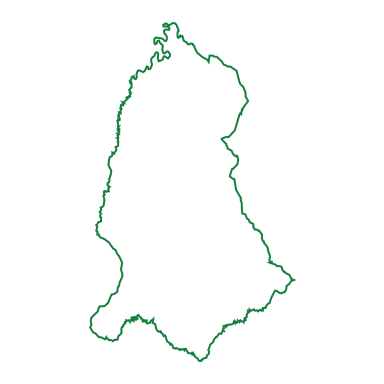 Santander De Quilichao, Cauca, Colombia
{"feature_id": "7082276B54402931041417", "entity_name": "Santander De Quilichao", "entity_type": "district", "adm_level": 2, "iso_a3": "COL", "parent_name": "Colombia", "parent_adm1": "Cauca", "projection": "equal_earth", "projection_center": [-76.497, 2.997], "detail": "fine", "context": "isolated", "style": "outline", "palette": "green", "viewbox_px": 384, "rotation_deg": 0, "n_neighbors": 0, "source": "geoboundaries", "source_scale": "gbopen_adm2", "svg_char_len": 5982}
<svg xmlns="http://www.w3.org/2000/svg" viewBox="0 0 384 384"><path d="M90.1,327.3L92.8,332.1L95.7,333.6L99.0,337.3L101.1,337.2L104.8,339.3L106.3,337.3L106.6,338.7L107.7,338.6L109.0,340.2L111.3,340.1L113.0,341.2L114.4,339.8L117.5,339.7L118.3,336.2L121.4,333.4L121.4,328.3L122.2,326.8L123.0,326.7L123.3,324.9L125.0,323.6L124.8,322.1L125.8,322.2L126.3,320.1L127.3,320.7L128.7,320.3L129.8,321.9L130.0,320.5L131.0,320.6L131.5,318.5L132.4,319.8L132.4,316.6L133.8,319.6L134.1,317.3L134.8,317.0L135.0,319.5L136.0,319.8L137.6,318.7L136.6,317.2L137.7,315.1L138.4,314.9L140.1,317.3L141.2,317.7L141.2,318.6L142.2,319.3L142.7,321.1L143.6,320.1L144.2,321.4L145.3,320.3L146.8,320.5L146.0,321.9L147.0,323.4L149.9,322.8L150.5,321.3L153.3,319.0L152.6,323.0L155.2,324.1L156.3,329.1L158.3,331.7L160.7,331.3L161.0,332.7L162.8,333.9L163.7,336.1L165.2,335.5L167.1,341.4L169.2,342.7L170.3,344.6L171.0,343.8L172.7,345.8L173.1,347.8L174.9,348.6L176.4,348.0L178.6,349.3L180.2,349.2L180.3,350.0L182.9,349.0L184.3,350.4L184.7,349.0L185.9,348.9L185.9,350.0L187.3,351.3L188.0,353.0L190.9,353.5L191.8,352.8L192.2,354.1L193.0,353.2L193.3,354.7L194.3,354.5L194.8,356.7L197.2,358.1L199.0,360.9L201.2,361.0L201.5,359.8L202.6,359.7L203.0,358.7L206.5,357.7L206.9,355.6L208.9,353.7L209.1,351.4L208.3,350.3L210.3,344.5L213.3,341.9L213.9,339.5L215.9,337.1L216.7,337.1L219.0,333.7L221.2,333.8L222.7,330.8L224.0,331.1L223.0,329.0L223.6,328.4L223.5,326.7L224.5,327.4L224.6,325.8L225.7,325.4L226.3,326.3L226.7,325.1L227.5,325.5L228.8,324.6L231.7,324.4L233.5,323.4L233.8,322.0L234.7,322.8L234.8,321.8L235.5,323.0L235.9,322.0L236.7,322.8L237.7,321.8L237.7,320.6L238.6,321.6L239.8,320.6L239.9,321.8L241.4,320.4L241.1,321.3L242.9,321.4L243.7,322.3L244.0,320.5L245.7,320.2L245.6,319.5L244.6,319.6L244.7,318.0L246.7,317.0L246.8,314.3L248.1,312.4L247.9,311.0L249.1,311.8L249.4,309.3L251.0,310.8L253.8,309.4L254.9,310.7L257.2,310.3L258.0,311.4L259.8,309.8L261.6,310.8L262.5,308.8L263.2,309.8L263.6,308.0L265.8,307.8L265.8,306.4L267.7,304.0L269.7,302.9L270.9,298.7L274.9,290.7L276.8,290.9L279.8,293.1L281.7,293.2L283.1,292.2L284.5,292.3L286.1,289.7L286.6,286.0L288.8,284.3L291.3,281.0L293.9,280.0L291.4,279.0L289.4,274.9L285.4,272.9L284.5,271.5L283.8,271.7L282.6,270.4L281.9,267.4L280.4,266.2L277.0,266.1L275.7,264.7L270.1,262.8L272.0,262.4L271.8,261.7L269.8,261.9L269.4,258.9L270.0,257.1L269.8,255.3L268.4,251.7L267.4,247.0L263.8,242.6L264.0,241.5L262.5,240.5L261.9,237.8L262.1,234.8L259.7,231.3L258.8,231.2L258.6,230.4L256.9,229.6L254.6,229.5L254.6,228.6L253.4,227.5L253.4,224.2L249.6,222.1L248.8,219.7L247.0,218.6L245.3,214.3L242.3,213.5L241.7,206.0L241.9,203.6L240.6,199.9L241.0,198.2L236.0,189.7L234.4,179.1L233.4,179.1L230.0,176.7L229.9,175.8L232.1,168.8L233.0,168.9L237.3,164.5L238.2,160.1L237.7,157.1L236.9,155.9L236.6,156.5L235.4,156.2L232.9,153.7L231.5,150.6L227.8,148.7L226.0,143.7L222.3,140.1L221.7,138.8L225.3,137.2L228.8,136.9L234.8,130.4L239.4,114.8L240.3,113.2L241.2,114.0L241.4,112.1L242.4,109.8L241.9,109.5L248.1,101.0L245.6,96.5L245.5,92.4L243.2,86.9L240.5,84.2L239.4,81.9L236.6,70.8L230.3,66.5L228.6,66.7L223.6,64.5L221.6,61.2L216.7,56.8L214.1,56.6L213.1,55.7L209.6,55.6L208.6,61.8L207.4,59.8L202.3,57.0L197.1,52.6L194.5,47.3L194.3,45.9L193.2,45.3L192.8,43.9L190.8,43.5L188.8,44.5L187.6,44.0L187.0,42.7L183.9,40.9L182.3,36.0L180.8,36.6L180.4,35.7L178.5,37.9L177.6,37.1L177.5,33.0L177.8,31.6L178.5,31.3L178.5,29.9L176.4,24.8L175.1,23.4L172.8,23.0L169.2,25.4L166.0,23.4L163.3,24.7L163.6,26.6L166.7,26.4L168.8,27.3L169.5,28.4L169.0,29.9L165.7,29.4L164.0,30.6L164.2,32.7L166.8,36.5L166.8,39.6L165.9,41.1L164.5,40.8L162.7,38.7L157.3,37.7L155.5,37.7L154.2,39.5L154.4,43.1L155.2,44.3L156.3,43.8L157.5,41.0L158.9,40.6L160.4,43.4L162.8,45.4L162.3,49.2L163.0,52.6L164.6,53.5L166.8,51.4L168.2,51.6L170.1,54.4L169.9,56.2L168.0,58.5L165.1,56.5L163.8,56.4L162.5,59.8L158.8,61.3L157.8,58.3L158.2,53.6L156.9,52.3L155.7,52.6L154.2,56.2L152.4,57.3L151.3,59.2L151.1,60.9L152.0,64.5L150.9,67.7L149.9,69.1L148.5,69.1L147.9,66.8L146.9,66.4L144.9,70.8L143.2,72.1L139.1,70.3L137.8,70.9L136.5,73.8L136.7,77.5L135.7,79.1L134.1,78.4L133.6,76.0L131.6,77.3L131.4,79.1L129.7,81.1L130.1,81.9L131.2,81.8L131.4,83.0L130.7,83.6L131.5,84.1L131.5,87.7L130.4,88.2L129.2,89.9L129.9,90.6L129.6,92.0L130.9,92.8L130.0,93.6L130.5,94.3L129.8,95.4L130.2,96.4L129.3,97.1L128.6,96.6L127.9,98.1L127.3,97.1L126.5,97.7L127.3,98.1L126.0,100.5L124.8,101.1L124.2,102.5L123.0,102.2L123.9,103.2L122.7,103.1L122.4,104.0L123.5,104.2L123.0,105.2L122.3,104.3L121.9,105.2L120.1,105.1L121.0,105.5L120.7,106.6L121.4,108.2L120.4,108.4L121.2,109.6L120.2,111.4L120.7,112.3L120.6,113.5L119.0,112.8L119.4,114.1L119.0,115.2L118.4,115.1L118.2,116.3L118.5,116.9L119.4,116.2L118.5,117.9L119.6,118.3L119.7,119.7L118.3,119.5L117.6,120.3L118.4,120.8L117.6,121.4L118.2,126.1L119.0,126.1L118.1,127.2L118.6,128.0L117.9,127.9L117.7,129.8L119.2,129.8L118.3,131.2L119.3,132.1L118.2,133.1L118.7,133.9L117.5,133.8L118.4,134.9L117.6,135.5L118.2,137.4L117.1,138.0L117.9,138.4L118.2,140.1L117.6,141.4L118.2,141.7L118.1,145.9L115.6,147.1L116.4,149.5L115.7,151.2L114.5,152.4L114.3,153.7L112.3,152.5L112.3,155.1L111.6,156.4L109.9,157.0L109.0,159.9L108.5,165.3L111.3,170.7L110.7,174.8L109.1,179.3L109.5,180.3L109.0,182.3L107.9,182.7L107.3,184.3L107.8,185.5L108.6,185.7L108.7,187.0L109.5,187.1L108.2,188.8L108.8,191.2L107.3,191.0L106.6,191.9L104.4,191.0L104.0,191.6L103.9,193.1L104.7,194.7L103.4,195.5L104.4,200.0L103.8,204.7L103.2,206.3L100.7,207.6L101.3,209.9L99.7,212.0L101.1,213.6L100.2,215.1L100.1,216.9L101.1,217.4L101.1,221.3L98.2,222.3L97.1,224.7L96.3,225.2L97.3,226.6L96.3,230.9L97.7,231.9L97.2,233.6L97.5,234.8L98.6,234.4L100.2,237.3L104.5,239.1L109.1,242.6L113.1,248.5L115.7,250.1L116.7,253.0L119.2,256.4L121.8,261.9L122.1,263.7L120.9,269.3L122.3,273.9L122.4,276.4L119.6,282.6L119.1,285.9L117.9,287.2L117.3,291.8L114.0,294.0L111.5,294.6L108.0,303.0L104.4,306.2L99.8,306.3L98.8,307.7L97.8,311.5L91.3,317.7L90.7,321.3L91.5,324.8L90.1,327.3Z" fill="none" stroke="#15803d" stroke-width="2"/></svg>